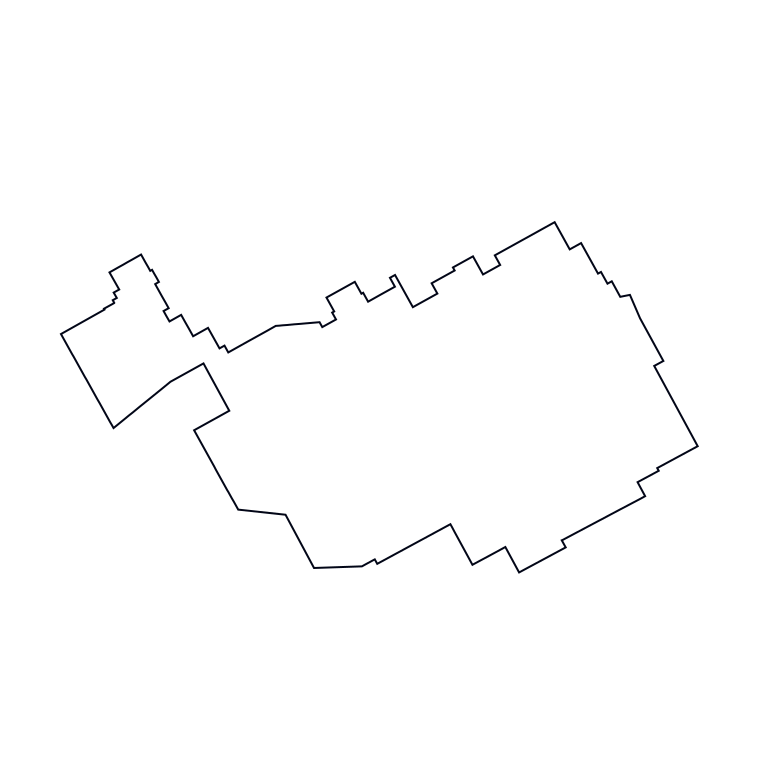 outline of Sandstone, Western Australia, Australia, rotated 61°
{"feature_id": "25037944B59235958721533", "entity_name": "Sandstone", "entity_type": "district", "adm_level": 2, "iso_a3": "AUS", "parent_name": "Australia", "parent_adm1": "Western Australia", "projection": "albers", "projection_center": [118.667, -28.422], "detail": "fine", "context": "isolated", "style": "outline", "palette": "ink", "viewbox_px": 768, "rotation_deg": 61, "n_neighbors": 0, "source": "geoboundaries", "source_scale": "gbopen_adm2", "svg_char_len": 2973}
<svg xmlns="http://www.w3.org/2000/svg" viewBox="0 0 768 768"><g transform="rotate(61 384 384)"><path d="M315.5,244.3L315.5,267.2L319.0,267.2L319.0,293.5L323.6,293.5L330.8,293.5L330.8,312.7L330.8,321.5L294.0,321.5L294.0,327.3L304.2,327.3L304.2,334.3L304.2,341.0L304.2,342.8L304.3,358.0L294.1,358.0L294.1,360.0L280.5,360.0L280.5,366.1L280.5,392.4L296.4,392.4L296.4,394.7L304.3,394.7L304.3,410.4L298.7,410.4L296.5,415.3L295.7,417.1L292.3,424.7L290.8,428.1L288.4,433.3L285.4,440.2L283.4,444.5L282.3,447.1L280.7,450.5L280.8,460.0L280.8,469.5L280.8,481.7L280.8,483.6L280.9,504.9L273.1,504.9L273.1,510.6L249.6,510.7L249.7,527.8L246.0,527.8L240.9,527.8L233.0,527.9L225.2,527.9L225.3,541.3L219.0,541.4L213.3,541.4L213.3,535.6L207.0,535.6L199.2,535.7L192.9,535.7L185.7,535.7L185.6,531.4L180.8,531.4L180.2,531.4L175.9,531.5L171.7,531.5L171.7,533.6L166.9,533.6L162.0,533.7L157.8,533.7L153.0,533.7L153.1,544.7L153.1,549.5L153.2,554.2L153.2,559.6L153.3,570.0L173.0,569.8L173.0,576.1L179.2,576.0L179.2,580.6L182.3,580.6L182.4,580.8L182.4,582.4L182.4,585.5L182.4,587.1L182.4,590.2L182.4,592.4L183.4,592.4L183.7,642.3L186.6,642.3L188.5,642.3L190.4,642.3L193.3,642.3L196.2,642.3L198.1,642.3L201.0,642.3L202.9,642.3L206.7,642.3L209.6,642.2L211.5,642.2L214.4,642.2L216.3,642.2L218.3,642.2L221.1,642.2L223.1,642.2L225.9,642.2L227.9,642.2L230.7,642.2L232.7,642.2L235.5,642.1L237.5,642.1L240.3,642.1L243.2,642.1L245.2,642.1L248.0,642.1L250.0,642.1L253.8,642.1L256.7,642.1L258.6,642.1L262.5,642.0L266.3,642.0L270.2,642.0L274.0,642.0L277.9,642.0L281.8,642.0L284.6,642.0L288.5,641.9L291.4,641.9L290.7,637.9L289.2,629.6L287.8,622.0L287.1,617.6L285.4,608.5L284.1,601.0L282.8,593.6L280.7,581.7L278.7,570.7L278.5,569.7L278.5,549.9L278.5,544.5L278.5,536.4L278.5,531.9L289.1,532.0L332.4,532.3L332.4,558.5L332.4,572.5L335.0,572.5L339.5,572.5L341.2,572.5L343.0,572.5L345.7,572.5L347.4,572.5L348.3,572.5L350.1,572.5L351.8,572.5L354.5,572.5L358.9,572.5L361.6,572.5L363.4,572.5L366.9,572.5L367.8,572.5L369.5,572.5L371.3,572.5L374.0,572.5L377.5,572.6L381.0,572.6L382.8,572.6L386.4,572.6L390.8,572.6L396.3,572.6L400.0,572.6L401.0,572.6L402.8,572.5L406.6,572.5L408.5,572.5L409.4,572.5L410.3,572.5L414.1,572.4L416.9,572.4L423.2,572.4L450.6,533.5L511.0,534.4L532.8,491.7L532.8,487.7L532.9,477.1L538.0,477.1L538.8,393.9L542.7,393.9L547.5,394.0L574.3,394.2L585.0,394.3L585.0,393.8L585.3,370.5L585.4,356.9L614.3,357.2L615.0,304.3L614.8,304.3L611.6,304.3L610.1,304.3L606.9,304.3L607.0,303.3L608.2,238.3L608.7,215.1L608.7,210.0L592.8,209.8L593.1,185.8L590.0,185.8L590.5,139.8L499.2,138.9L499.3,128.5L450.6,128.2L425.3,125.7L423.4,131.6L422.3,135.1L404.6,135.0L404.6,139.9L391.2,139.9L391.2,141.4L391.2,142.9L391.2,143.3L389.6,143.3L380.7,143.3L372.2,143.3L371.3,143.3L370.4,143.3L367.9,143.3L366.2,143.3L363.6,143.3L361.0,143.3L356.7,143.3L356.3,143.3L356.3,156.3L325.2,156.3L325.2,166.7L325.2,171.4L325.2,194.4L325.2,224.7L336.2,224.7L336.2,244.3L315.5,244.3Z" fill="none" stroke="#020617" stroke-width="2"/></g></svg>